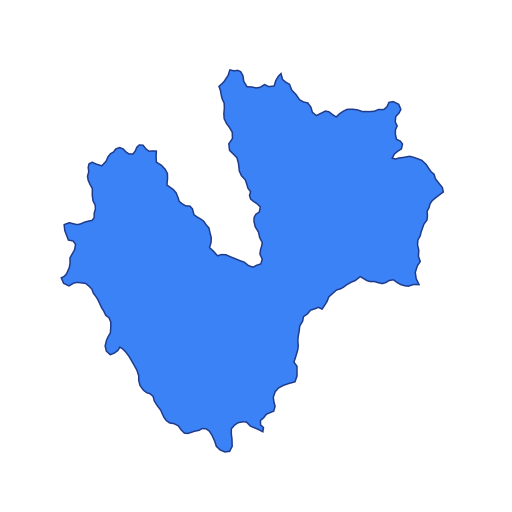 outline of Santa Maria de Itabira, Minas Gerais, Brazil, rotated 170°
{"feature_id": "56859067B20369647049217", "entity_name": "Santa Maria de Itabira", "entity_type": "district", "adm_level": 2, "iso_a3": "BRA", "parent_name": "Brazil", "parent_adm1": "Minas Gerais", "projection": "natural_earth1", "projection_center": [-43.042, -19.431], "detail": "fine", "context": "isolated", "style": "filled", "palette": "blue", "viewbox_px": 512, "rotation_deg": 170, "n_neighbors": 0, "source": "geoboundaries", "source_scale": "gbopen_adm2", "svg_char_len": 4566}
<svg xmlns="http://www.w3.org/2000/svg" viewBox="0 0 512 512"><g transform="rotate(170 256 256)"><path d="M445.3,259.0L440.5,260.9L437.1,261.1L433.6,260.2L428.4,258.5L425.5,255.0L423.4,251.9L422.6,247.5L420.9,244.3L419.4,240.8L418.2,236.4L417.1,232.0L415.5,228.2L414.3,223.7L411.5,220.7L410.5,216.2L411.3,211.6L412.7,205.7L416.0,201.7L418.0,198.7L420.2,193.6L419.9,188.4L416.7,184.1L412.4,185.0L408.5,186.9L405.9,189.9L403.4,187.6L401.1,184.3L398.7,179.7L396.4,173.6L394.7,168.8L393.1,164.1L392.3,158.3L393.1,154.0L392.7,148.6L390.2,143.5L387.5,140.5L384.2,138.7L381.7,135.6L381.3,130.8L379.0,125.3L376.6,120.7L375.7,116.9L374.7,113.2L373.0,109.7L370.1,106.6L365.8,105.1L362.0,102.3L360.0,97.9L357.3,94.0L354.0,93.1L350.8,93.5L347.0,94.1L342.4,94.2L339.1,95.4L335.3,94.6L332.5,91.8L330.6,87.6L328.9,81.1L328.1,75.4L325.0,71.2L320.6,68.4L315.9,68.2L312.5,72.7L311.5,79.5L311.2,85.1L310.3,90.1L306.5,93.2L302.6,94.9L297.5,95.0L294.2,94.1L291.0,89.4L286.9,86.8L283.2,84.3L279.8,81.7L278.4,85.7L280.8,88.8L280.2,93.2L276.5,95.4L273.3,98.3L269.5,99.3L265.5,100.1L263.3,104.7L263.7,109.4L263.5,114.0L260.6,119.1L256.8,122.1L251.6,123.8L246.2,124.7L239.5,125.3L236.4,130.8L235.7,135.0L234.8,140.3L237.1,144.9L235.3,148.1L233.1,152.4L231.0,156.8L229.9,160.7L229.6,164.7L228.6,169.0L226.5,174.6L225.0,179.6L221.4,183.7L219.8,188.0L215.5,190.0L211.6,193.2L207.1,193.8L203.4,194.6L200.2,192.2L197.3,195.2L193.8,199.1L191.4,203.1L187.2,205.7L182.5,208.6L178.3,209.0L175.1,210.2L171.5,212.0L167.0,213.6L162.5,214.6L156.9,217.6L153.4,214.6L150.9,212.4L147.7,210.9L144.1,210.4L140.3,208.5L136.5,206.9L132.8,207.3L129.2,208.7L124.9,208.7L121.5,205.3L118.4,202.7L114.3,200.7L111.1,199.8L106.0,200.6L100.4,199.5L102.2,205.9L102.0,212.2L98.8,218.3L95.2,222.1L96.1,227.4L94.7,233.4L95.0,238.9L93.8,243.7L90.8,247.3L89.3,250.8L87.6,253.8L85.2,258.1L81.4,261.7L80.2,265.6L79.7,270.4L77.3,273.4L75.5,277.2L73.0,279.8L69.8,281.7L64.9,284.3L60.4,286.5L60.6,291.1L63.3,296.0L65.9,300.9L66.4,305.5L68.9,308.5L70.6,312.1L72.5,316.6L76.1,321.4L79.9,323.7L83.6,325.8L87.4,327.5L91.2,327.5L94.7,327.5L98.1,327.7L101.7,327.3L104.9,328.7L101.9,332.5L98.1,334.6L94.2,336.2L92.3,340.8L93.9,344.1L97.4,346.5L97.6,351.7L96.8,356.0L94.4,359.6L95.6,363.8L94.2,369.0L90.3,372.0L87.9,375.2L89.1,380.6L94.0,384.2L98.4,384.2L101.2,380.1L104.9,378.0L109.9,379.0L114.4,378.0L118.6,378.4L121.9,379.0L126.3,379.8L130.7,382.3L135.5,383.8L140.8,384.6L145.0,383.4L149.2,381.5L152.9,379.0L156.0,381.9L159.1,385.3L162.5,386.7L167.1,385.3L172.2,383.8L175.5,387.7L176.1,393.0L178.4,397.8L182.3,399.3L186.0,402.3L188.6,408.1L192.0,413.2L193.2,419.3L196.3,421.8L199.2,425.2L199.7,431.3L202.8,429.1L206.2,425.1L208.6,420.2L214.1,420.6L217.8,423.4L222.6,421.4L226.8,421.5L230.8,423.2L235.4,424.2L237.7,429.9L237.6,436.0L239.1,440.2L241.8,442.0L245.4,442.1L249.4,443.8L252.0,438.8L254.5,436.2L257.2,433.3L260.0,431.3L263.0,429.5L262.3,425.3L262.3,420.2L262.0,416.4L260.8,412.1L261.5,407.1L263.0,401.6L263.5,396.7L262.0,391.5L259.8,387.1L257.9,382.0L258.8,375.8L263.3,371.2L263.7,364.6L260.8,360.6L257.7,356.1L257.2,350.3L257.4,346.5L257.7,342.7L256.4,337.6L253.4,333.0L252.6,328.5L252.2,324.3L250.2,320.2L251.9,316.8L251.4,313.0L249.0,310.2L245.9,307.3L243.2,303.6L245.1,298.8L249.0,297.0L251.2,294.2L252.0,290.5L251.7,284.9L249.4,279.1L249.2,273.6L247.5,268.2L248.7,264.8L250.6,261.1L251.8,257.1L250.4,251.9L252.6,247.4L257.2,246.7L260.8,245.5L265.1,247.9L268.7,252.0L272.6,254.2L276.4,256.6L280.9,259.4L285.5,262.5L289.8,263.4L293.9,262.9L297.1,268.2L300.3,272.3L297.9,277.2L296.9,281.8L297.3,287.0L297.5,291.8L299.7,295.4L301.4,299.2L303.7,301.7L306.8,304.3L309.9,307.3L310.4,313.4L312.4,316.6L316.6,317.6L319.8,320.4L322.1,323.1L322.7,327.3L323.7,332.1L325.9,335.8L328.3,338.2L331.4,341.4L329.7,347.5L328.9,352.6L330.4,357.2L333.5,361.9L337.8,365.7L337.2,370.8L335.9,376.6L339.6,377.4L343.2,377.8L345.8,380.6L348.0,384.7L351.6,385.6L354.5,383.8L356.8,380.2L359.6,377.8L363.4,378.6L366.1,381.2L368.2,384.5L371.5,386.5L375.7,385.7L378.1,383.2L381.5,382.0L384.5,379.4L387.1,375.4L392.2,371.6L397.3,374.2L401.1,376.8L404.5,375.7L405.9,372.2L406.1,367.9L408.1,363.8L408.1,359.6L407.1,355.7L405.5,350.7L406.7,344.3L406.9,338.4L405.5,334.0L406.1,329.8L407.9,326.3L408.8,321.8L411.2,319.5L414.4,319.5L419.0,319.1L423.6,318.0L426.9,318.0L430.1,319.4L434.1,321.2L439.5,320.2L439.9,314.2L438.9,309.1L438.0,304.3L433.5,302.5L431.7,298.8L433.5,293.8L436.5,290.1L439.5,286.5L440.4,281.2L441.9,277.0L443.8,274.1L445.9,271.1L448.5,269.2L451.6,268.3L450.2,262.5L445.3,259.0Z" fill="#3b82f6" stroke="#1e3a8a" stroke-width="1.5"/></g></svg>